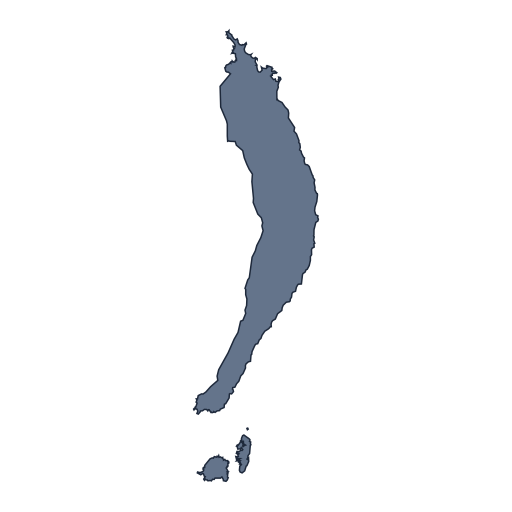 Davao Occidental, Davao del Sur, Philippines
{"feature_id": "2640588B86868332888935", "entity_name": "Davao Occidental", "entity_type": "district", "adm_level": 2, "iso_a3": "PHL", "parent_name": "Philippines", "parent_adm1": "Davao del Sur", "projection": "robinson", "projection_center": [125.486, 5.999], "detail": "fine", "context": "isolated", "style": "filled", "palette": "slate", "viewbox_px": 512, "rotation_deg": 0, "n_neighbors": 0, "source": "geoboundaries", "source_scale": "gbopen_adm2", "svg_char_len": 5974}
<svg xmlns="http://www.w3.org/2000/svg" viewBox="0 0 512 512"><path d="M230.5,73.8L220.1,86.3L220.7,107.1L226.5,120.8L227.3,124.1L227.3,136.1L227.7,142.1L227.6,140.5L230.0,141.3L235.2,141.5L236.4,145.2L242.7,150.6L244.3,157.9L246.8,164.2L249.2,169.3L252.4,174.1L251.9,181.7L253.5,198.4L253.2,202.5L257.8,214.1L261.3,217.7L262.7,222.8L261.9,225.9L263.1,230.7L260.8,237.7L256.8,245.5L255.3,250.9L252.1,257.2L249.3,277.7L247.7,280.0L245.0,288.4L245.7,289.4L245.7,294.7L246.9,299.0L246.6,305.6L245.0,310.1L245.7,313.5L242.9,320.3L240.6,321.2L238.0,332.5L234.2,339.1L228.1,352.9L218.7,369.7L217.1,376.1L217.8,380.4L210.7,386.6L205.9,392.0L203.1,394.0L201.5,393.9L198.2,395.6L197.5,398.9L196.3,398.9L196.9,400.2L196.1,402.1L197.1,403.1L195.8,406.9L195.4,406.9L195.4,408.1L194.6,408.0L193.6,409.1L194.0,409.9L194.9,408.8L197.0,409.2L197.8,411.1L196.9,413.5L198.3,414.1L200.2,411.9L200.4,411.0L202.5,410.8L204.4,409.4L206.6,409.5L207.8,410.9L208.4,409.7L209.1,409.7L210.9,412.4L211.4,412.1L212.0,412.7L213.7,412.2L213.8,411.6L215.1,412.4L217.1,410.9L219.6,410.6L220.3,409.2L224.1,407.5L224.4,404.2L225.7,403.7L229.1,398.0L229.4,394.0L229.9,393.6L231.6,393.9L233.5,391.6L233.1,389.8L232.5,389.3L232.7,387.6L234.9,387.2L236.6,383.7L238.8,381.3L240.8,375.8L243.0,373.6L245.5,368.0L245.4,365.6L246.0,363.9L248.4,361.8L250.5,361.3L251.0,355.0L251.7,354.4L252.0,351.7L255.0,345.1L255.9,344.1L257.7,343.7L259.3,339.8L260.9,338.5L262.0,335.3L264.8,331.2L268.7,328.7L270.3,326.8L271.3,326.7L271.1,324.1L271.7,321.9L272.7,320.6L275.3,319.1L277.6,313.7L281.8,310.5L282.2,307.7L283.2,305.2L286.3,302.2L289.4,301.7L290.2,300.9L290.3,299.1L291.5,297.2L292.0,293.3L293.1,292.1L295.5,291.3L296.4,287.2L297.6,285.0L298.3,284.2L301.4,284.0L302.5,274.6L303.0,273.5L305.0,272.2L306.0,269.9L307.3,269.2L309.2,265.6L310.4,260.4L310.4,256.5L311.6,254.7L311.5,249.6L312.1,248.2L314.2,247.1L313.9,243.8L314.8,243.3L313.6,239.9L314.2,236.8L313.5,235.9L313.9,235.2L314.0,229.7L315.8,222.4L317.9,221.0L318.4,219.2L317.6,217.4L318.0,215.9L315.7,214.7L314.6,210.8L315.0,207.2L316.8,201.5L317.5,194.9L317.3,193.6L316.6,193.4L314.9,189.9L315.0,187.3L314.1,182.8L314.7,179.9L313.2,177.6L312.9,175.7L312.2,174.9L309.2,166.5L307.6,164.9L305.3,164.4L304.7,163.4L304.1,160.8L304.5,157.9L303.5,157.1L301.5,153.2L301.1,151.1L299.6,149.9L300.3,147.3L299.8,143.6L298.8,142.6L299.0,140.7L296.5,134.0L294.0,131.2L294.6,127.5L288.4,118.0L288.7,113.1L288.0,110.0L284.9,106.8L282.0,102.5L278.1,100.5L277.3,99.1L277.0,99.3L277.4,99.8L276.9,99.8L276.8,91.3L278.3,87.3L278.0,85.2L279.0,81.9L280.9,79.1L280.3,77.5L278.6,77.1L279.0,78.9L278.3,79.4L278.6,80.7L277.9,81.6L275.9,81.3L275.3,79.0L273.5,79.6L270.6,76.1L271.6,75.6L271.5,75.1L272.3,75.2L272.2,74.0L272.9,73.1L274.0,73.5L275.1,72.8L276.0,73.3L276.8,72.7L274.7,71.0L271.7,71.3L271.6,69.7L272.7,68.8L271.8,68.1L272.0,67.3L267.0,65.6L266.7,65.9L267.5,67.0L266.8,67.1L267.1,67.5L266.1,68.6L262.6,68.1L261.4,67.1L262.1,70.2L260.1,72.2L258.6,71.9L257.6,70.6L256.8,66.9L257.0,65.3L256.4,65.2L256.9,64.9L255.2,61.8L255.5,59.4L256.9,58.7L257.2,59.2L257.2,58.6L255.4,57.4L254.2,58.4L252.6,58.0L251.1,56.6L250.7,55.2L251.3,54.3L250.3,54.8L248.3,54.5L245.7,52.8L244.7,51.4L244.2,49.0L245.9,44.5L246.5,44.1L246.1,42.8L244.0,44.8L242.3,44.6L241.9,45.3L239.5,44.5L238.1,42.4L238.0,40.7L237.2,38.9L235.7,39.9L234.0,39.1L231.8,35.7L231.9,35.1L228.8,32.7L228.9,30.7L228.0,31.7L226.2,31.9L226.9,33.0L226.3,34.7L227.2,34.7L227.8,35.6L227.8,36.8L227.1,37.3L227.5,38.2L228.6,38.0L228.9,38.6L229.8,38.1L233.6,42.4L235.1,44.9L235.1,46.7L233.1,46.1L233.2,47.1L234.4,48.6L233.7,48.9L233.6,50.0L232.4,50.2L232.9,51.8L232.1,52.4L232.5,52.9L232.1,53.3L233.0,53.1L233.5,52.1L233.3,53.3L235.4,53.7L235.6,56.9L236.4,58.3L235.9,59.1L236.5,59.4L236.5,60.6L235.2,60.7L234.9,62.0L234.0,62.2L232.9,61.5L232.7,61.8L232.1,60.9L231.9,61.6L230.7,62.0L230.8,63.4L229.8,63.0L228.6,64.3L226.5,65.0L225.6,66.3L225.6,67.5L224.8,67.8L225.8,71.3L227.0,72.1L228.3,72.1L230.5,73.8ZM218.7,455.6L218.2,456.6L217.1,456.2L216.8,457.2L214.3,456.6L213.3,458.2L212.2,457.9L210.1,458.8L204.8,465.3L204.7,467.3L204.1,467.1L203.3,467.8L203.7,468.2L202.9,469.0L203.8,469.9L203.0,471.5L200.0,472.6L197.6,472.0L197.3,472.9L200.8,474.8L202.5,473.6L203.4,473.8L204.4,476.4L205.2,476.6L203.7,479.1L204.4,480.2L205.0,479.0L205.2,479.7L207.3,480.0L207.9,480.8L210.3,480.5L211.4,480.9L212.5,479.3L214.2,479.4L215.0,478.1L220.5,478.1L221.9,477.0L223.3,479.4L223.4,480.7L226.0,481.3L227.2,480.1L228.2,477.7L227.5,477.2L227.7,474.2L227.1,473.9L228.0,473.0L227.3,472.2L227.9,471.9L227.2,471.7L227.9,471.1L226.2,468.0L227.5,466.8L227.1,466.3L228.0,465.9L227.8,463.2L228.7,463.2L228.9,462.1L228.3,461.3L227.6,461.4L227.5,460.6L225.6,460.6L224.8,459.4L223.7,460.0L223.8,459.5L222.7,458.6L222.7,457.4L221.7,457.7L220.3,456.9L219.1,457.3L218.7,455.6ZM243.9,435.0L242.6,435.7L241.5,438.3L241.5,439.8L240.9,440.5L241.6,440.5L241.4,441.2L242.8,441.8L243.7,440.7L243.2,441.8L243.8,442.2L244.0,442.1L243.4,442.5L243.2,443.5L245.6,445.1L244.8,445.4L245.0,445.9L244.4,445.4L243.0,446.6L242.7,445.9L243.2,444.7L242.2,442.4L242.8,442.6L240.6,441.9L237.9,445.6L237.3,445.0L236.5,446.2L237.1,446.4L237.8,449.1L240.6,448.8L241.2,447.6L242.8,449.7L242.0,450.5L240.7,450.1L239.5,451.5L237.0,451.4L236.7,452.3L237.6,452.8L236.7,452.8L236.4,453.5L238.5,454.2L237.8,454.8L238.4,456.4L237.6,456.9L235.8,456.5L236.3,458.4L239.9,458.6L238.7,459.2L239.7,460.2L239.3,460.5L237.5,459.0L236.6,459.1L236.5,459.8L237.8,459.9L236.9,460.8L238.3,460.5L238.4,461.1L239.8,461.1L239.0,461.7L239.9,461.9L240.1,462.3L239.8,462.1L239.0,462.4L240.4,463.6L240.2,464.1L239.8,463.9L239.6,464.1L241.2,464.8L239.8,466.1L239.4,470.3L240.1,472.0L242.1,472.9L244.7,470.8L246.2,466.0L246.9,465.7L248.7,461.5L248.6,458.2L247.6,459.5L247.0,459.1L247.7,458.0L248.0,455.7L249.6,453.5L250.3,445.2L250.9,444.8L250.4,443.3L250.7,442.0L249.5,441.4L250.0,439.9L249.4,439.0L243.9,435.0ZM247.7,428.1L246.9,428.4L247.4,429.7L248.2,429.1L247.7,428.1Z" fill="#64748b" stroke="#1e293b" stroke-width="1.5"/></svg>